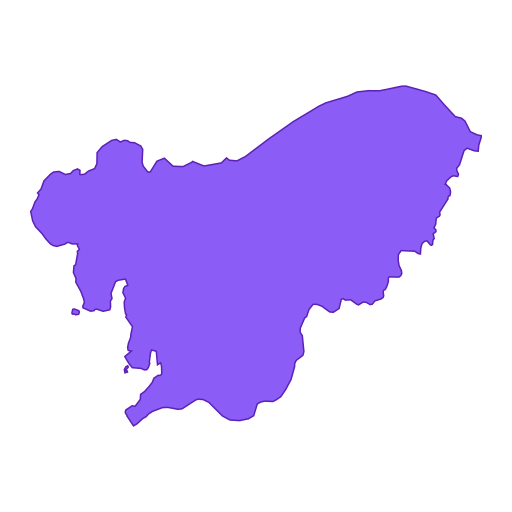 the district of Forecariah, Forécariah, Guinea
{"feature_id": "49546643B90846257605457", "entity_name": "Forecariah", "entity_type": "district", "adm_level": 2, "iso_a3": "GIN", "parent_name": "Guinea", "parent_adm1": "Forécariah", "projection": "albers", "projection_center": [-13.107, 9.386], "detail": "fine", "context": "isolated", "style": "filled", "palette": "violet", "viewbox_px": 512, "rotation_deg": 0, "n_neighbors": 0, "source": "geoboundaries", "source_scale": "gbopen_adm2", "svg_char_len": 3815}
<svg xmlns="http://www.w3.org/2000/svg" viewBox="0 0 512 512"><path d="M37.5,193.0L39.0,194.7L37.1,199.0L35.0,201.9L32.4,208.9L30.7,211.5L32.7,220.9L35.5,226.7L42.1,233.7L45.7,238.7L50.3,243.8L53.3,245.6L56.9,246.4L65.4,243.9L66.7,242.7L68.9,242.5L72.0,243.9L77.6,243.9L77.4,245.6L78.9,248.4L79.0,248.4L79.4,249.4L77.3,251.3L77.6,253.6L75.6,264.8L74.0,265.8L73.4,272.5L76.0,278.5L75.8,282.2L80.8,291.3L83.5,298.5L84.4,302.3L83.3,304.9L82.8,306.2L83.0,307.8L90.5,311.2L94.0,310.7L94.9,309.5L96.5,309.1L103.2,311.3L109.8,309.8L110.6,306.9L110.4,301.0L112.0,298.6L111.0,293.4L115.6,281.6L118.2,280.3L125.4,279.0L126.4,281.5L127.8,285.3L127.7,285.4L125.0,286.4L123.6,288.5L122.9,292.7L125.6,298.1L124.2,302.0L124.5,307.7L125.6,314.0L126.6,314.9L125.8,317.1L132.5,326.7L132.2,328.0L130.8,334.8L130.7,337.2L128.4,343.4L127.6,347.6L128.2,350.4L129.4,350.7L131.4,351.0L124.8,356.5L127.3,360.9L129.9,364.9L132.4,367.7L141.0,368.4L144.4,369.9L146.7,369.7L148.3,367.6L149.8,363.3L149.3,362.2L150.5,353.0L151.5,350.0L155.3,351.0L156.3,351.3L157.5,364.8L160.6,362.8L161.5,366.1L161.5,366.5L161.8,373.7L160.4,375.4L158.2,375.3L153.9,378.2L152.3,382.3L148.9,386.7L144.6,391.5L140.6,394.4L140.3,399.4L135.1,406.3L132.1,405.8L125.9,409.9L125.3,411.5L125.5,413.2L126.9,415.3L126.9,415.9L133.5,425.9L136.9,423.9L142.7,418.6L146.2,416.6L148.6,413.9L152.7,411.3L162.5,407.6L167.9,407.4L177.9,409.3L182.1,408.8L191.0,403.0L195.3,400.2L197.9,399.1L203.2,399.6L208.8,402.3L222.5,416.0L230.0,420.0L239.6,420.6L243.9,419.7L248.4,418.8L253.7,415.7L257.3,403.9L260.8,402.0L264.4,401.2L266.1,401.2L272.9,401.5L276.1,399.9L280.8,396.7L285.9,389.2L287.7,385.7L291.0,379.6L294.6,366.7L294.7,363.6L296.2,360.4L302.9,355.3L303.9,351.6L302.3,335.5L300.1,332.3L300.3,328.1L304.7,317.9L306.6,316.6L308.9,309.7L309.8,308.5L313.1,304.3L317.2,304.4L322.0,306.3L329.6,311.9L333.3,312.3L339.1,308.5L341.3,299.4L343.0,298.6L345.3,300.1L350.6,299.8L356.6,304.1L358.5,304.9L361.6,303.0L363.0,302.1L366.0,302.2L369.8,304.4L370.2,304.6L372.3,304.2L374.9,300.9L381.0,299.0L383.2,297.4L383.7,295.8L383.1,291.6L383.9,290.0L385.3,289.5L387.0,286.0L388.4,281.4L388.3,278.2L389.2,276.9L398.9,277.1L400.6,275.8L401.8,273.5L401.4,270.6L399.0,265.4L398.2,260.2L398.4,254.6L401.1,250.6L414.7,251.2L418.2,253.6L420.4,254.0L420.8,248.2L422.0,243.6L424.6,241.3L427.0,240.9L430.5,245.0L431.6,245.3L432.6,244.4L432.7,242.9L432.9,240.2L434.2,238.6L433.2,233.8L435.9,231.7L435.9,229.9L434.0,227.9L435.7,224.2L436.1,219.6L436.6,217.8L439.4,216.2L440.0,215.1L439.7,212.0L448.0,198.9L447.9,197.5L448.8,196.0L449.9,195.7L450.4,193.1L450.6,191.9L449.7,188.1L446.1,184.5L445.2,184.4L446.6,180.9L451.2,176.6L453.0,176.0L453.6,175.8L457.7,176.5L458.5,174.4L456.7,170.2L456.8,168.1L459.5,164.8L462.8,154.5L464.1,150.6L467.1,148.2L474.2,150.8L478.2,151.2L478.8,145.1L481.3,137.1L481.2,135.6L477.5,135.0L470.3,131.7L465.0,121.1L461.5,118.2L455.2,116.6L443.4,103.8L435.9,95.1L425.4,91.5L406.0,86.1L401.7,86.2L379.5,90.8L368.2,90.7L356.9,92.0L347.8,96.2L326.0,102.8L318.9,106.2L293.3,121.6L268.6,139.0L245.3,156.6L236.9,160.9L229.3,160.2L226.5,157.9L221.4,162.9L204.0,166.0L192.5,161.4L191.8,162.3L183.0,166.6L173.0,166.2L164.4,158.2L156.9,161.2L150.3,171.9L147.9,172.1L143.2,166.1L142.1,162.2L142.7,149.4L140.8,146.0L134.5,142.7L129.9,142.4L127.6,140.7L124.2,140.3L120.4,142.0L116.4,139.4L111.7,140.4L102.3,146.5L97.1,152.6L96.9,163.7L94.6,168.6L88.4,171.1L84.6,174.2L81.4,174.6L79.8,174.4L80.0,170.3L77.5,168.9L73.3,170.6L70.6,173.5L65.4,174.5L59.0,171.4L53.4,172.1L50.5,174.2L44.0,180.8L41.0,189.1L37.5,193.0ZM79.4,312.0L78.8,310.7L74.4,309.0L72.7,309.3L71.9,313.1L72.4,314.1L74.7,314.1L75.6,314.8L78.6,314.3L79.4,312.0ZM127.5,372.1L127.3,371.0L125.6,370.3L128.3,367.1L127.7,365.8L126.0,366.6L124.3,369.5L124.9,372.8L127.5,372.1Z" fill="#8b5cf6" stroke="#5b21b6" stroke-width="1.5"/></svg>